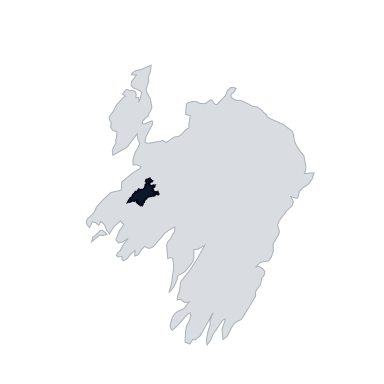 Swinford Lea-4, Mayo, Ireland shown in context, rotated 314°
{"feature_id": "5873133B98662462343086", "entity_name": "Swinford Lea-4", "entity_type": "district", "adm_level": 2, "iso_a3": "IRL", "parent_name": "Ireland", "parent_adm1": "Mayo", "projection": "equal_earth", "projection_center": [-8.887, 53.889], "detail": "fine", "context": "in_parent", "style": "filled", "palette": "ink", "viewbox_px": 384, "rotation_deg": 314, "n_neighbors": 0, "source": "geoboundaries", "source_scale": "gbopen_adm2", "svg_char_len": 8463}
<svg xmlns="http://www.w3.org/2000/svg" viewBox="0 0 384 384"><g transform="rotate(314 192 192)"><path d="M241.9,83.7L233.9,87.7L232.7,89.3L230.5,95.5L230.2,97.2L225.3,104.1L222.4,105.5L218.2,106.6L215.8,107.8L212.7,107.2L208.8,107.3L206.9,108.5L207.0,109.5L208.2,110.6L215.4,113.7L215.0,115.1L213.0,116.6L200.2,120.3L196.4,122.6L195.1,124.0L196.4,126.5L206.7,134.0L208.5,134.8L210.0,139.2L219.0,141.0L222.8,143.7L226.0,144.4L232.9,144.2L235.7,145.2L237.2,144.4L238.1,143.0L245.8,137.7L243.3,133.7L251.1,126.9L253.2,127.0L256.9,129.1L260.0,131.9L261.0,135.8L263.9,139.3L265.8,140.4L270.8,141.1L271.9,142.5L271.1,147.5L271.9,149.2L284.6,149.1L289.6,146.9L294.0,147.3L296.2,149.5L297.2,151.8L293.5,152.7L289.5,152.2L287.6,153.8L287.5,156.7L288.9,160.5L291.6,163.2L293.9,169.2L295.7,176.0L298.5,180.0L299.2,185.1L298.9,187.6L299.4,192.1L298.3,193.6L299.3,197.9L304.2,211.4L305.3,222.1L303.1,226.1L300.1,229.9L298.2,234.4L296.7,239.3L295.9,247.1L289.4,256.3L286.6,258.6L283.3,260.0L290.6,266.5L284.8,269.4L278.4,270.3L271.3,268.7L266.9,268.9L261.3,272.2L260.0,271.6L257.3,266.3L255.4,271.8L251.3,273.6L244.3,273.2L232.6,274.6L228.1,276.2L226.2,278.7L224.9,281.5L223.0,283.2L221.0,284.1L211.9,286.1L210.2,287.0L206.0,291.6L200.5,294.2L195.9,295.0L191.9,292.3L190.2,290.7L188.3,289.9L182.1,290.0L184.1,290.9L185.3,292.8L186.0,296.4L185.3,299.9L182.2,301.7L178.6,302.0L172.8,305.7L165.1,306.7L161.0,310.1L135.7,315.9L134.2,315.9L130.7,314.5L126.9,313.8L123.2,314.3L112.5,317.5L107.4,316.8L114.0,308.9L122.8,304.9L123.7,303.8L120.9,303.2L104.1,306.0L98.3,308.4L92.5,309.1L95.2,305.4L102.7,300.5L109.2,297.2L112.0,294.3L119.9,291.0L94.5,297.8L87.8,297.0L86.3,295.1L81.1,296.0L79.1,291.4L86.9,284.4L91.4,281.4L96.7,279.8L101.9,277.5L103.8,274.6L101.4,273.7L86.0,274.4L78.7,273.8L79.1,271.6L80.5,269.1L88.1,264.9L92.3,264.2L95.9,264.6L102.4,267.1L111.0,266.3L107.4,263.6L106.8,258.1L104.1,256.2L107.6,253.7L111.7,252.1L118.4,246.9L120.8,246.1L134.0,244.8L148.3,242.0L162.5,238.2L155.2,236.1L151.8,233.3L146.2,238.9L142.1,241.1L130.8,242.3L127.2,241.6L122.1,239.9L120.5,240.5L119.1,241.9L111.5,244.7L103.6,245.4L112.8,240.2L124.6,231.6L127.2,228.8L130.9,224.1L129.7,222.0L127.3,220.8L135.8,211.0L138.8,209.3L144.2,209.0L148.1,207.4L149.9,207.4L151.4,206.9L154.9,203.9L149.6,202.1L144.0,201.1L127.0,202.1L124.7,201.9L122.6,201.0L121.2,199.7L120.2,196.4L119.0,195.7L115.1,195.7L111.3,196.7L108.7,196.6L106.1,195.2L110.3,191.8L104.9,191.0L99.5,191.7L95.0,190.6L94.9,188.5L96.9,186.4L94.3,184.4L93.7,181.9L96.6,180.7L99.7,181.1L106.1,179.2L114.2,178.3L107.2,176.5L104.5,174.9L104.4,172.5L104.9,170.4L113.0,166.9L121.6,165.4L121.0,163.1L121.6,160.6L112.9,159.9L104.4,161.7L105.3,156.9L107.4,152.7L107.8,149.9L107.4,146.8L103.4,148.1L103.0,143.9L101.3,141.0L95.3,143.0L95.5,139.2L97.2,136.5L100.4,135.3L103.4,135.8L109.1,135.8L114.6,133.8L122.6,133.3L135.2,133.9L143.9,139.6L146.1,138.5L149.6,135.0L151.2,134.6L164.3,136.1L172.4,138.2L174.6,137.5L173.4,133.6L170.6,130.8L174.1,127.2L178.4,124.8L181.2,123.6L187.8,122.0L190.7,120.6L192.6,116.0L195.6,112.2L179.1,114.2L163.4,109.6L165.9,106.4L169.2,104.6L174.9,103.2L175.4,101.5L178.3,100.1L183.1,96.4L181.3,91.7L182.2,88.2L185.7,85.9L186.7,82.7L188.2,80.3L195.2,79.4L201.9,77.2L212.2,76.9L214.8,77.8L214.2,73.9L219.0,73.4L220.9,74.2L221.8,76.9L224.0,78.7L224.7,81.8L223.3,84.2L220.8,86.0L223.1,87.9L219.6,91.3L223.4,89.9L228.7,86.5L228.4,83.8L227.5,80.4L226.0,77.3L226.6,73.9L229.6,71.8L237.5,70.7L234.2,66.9L237.1,66.5L240.3,67.3L245.0,70.3L254.8,74.5L250.1,78.3L244.2,80.9L241.9,83.7ZM102.6,158.5L102.4,160.3L98.6,158.0L96.8,155.5L86.4,154.4L90.7,151.9L92.8,152.6L100.2,152.7L102.2,153.8L102.6,158.5Z" fill="#d9dde1" stroke="#a8b0b8" stroke-width="1"/><path d="M166.6,169.6L167.3,169.6L167.2,169.4L167.3,169.3L167.5,169.2L167.8,168.7L167.7,168.5L167.8,168.3L167.7,168.1L167.6,167.9L168.0,167.6L168.3,167.5L168.5,167.2L168.2,167.2L167.8,167.0L167.4,166.6L167.4,166.3L167.4,166.2L167.1,165.9L166.8,166.0L166.5,165.9L166.3,165.6L166.0,165.5L165.8,165.6L165.0,165.3L164.7,165.1L165.3,164.8L165.9,164.6L165.6,164.2L166.0,164.0L166.0,163.9L165.9,163.8L166.1,163.8L166.2,163.7L165.8,163.5L166.0,163.3L165.9,163.2L165.6,162.9L165.5,162.7L166.2,162.7L166.3,162.5L166.8,162.5L167.0,162.4L166.9,162.2L167.0,162.2L167.0,161.7L166.8,161.7L166.7,161.5L166.7,161.4L166.6,161.1L166.4,161.1L166.5,161.0L167.6,161.0L167.9,160.8L169.4,161.5L169.6,161.4L169.9,161.5L170.1,161.3L170.1,161.2L169.9,161.1L170.0,160.8L170.3,160.7L170.5,160.5L170.8,160.5L170.5,160.3L170.5,160.2L170.0,160.0L170.0,159.9L170.2,159.4L169.8,159.2L169.4,159.2L168.7,159.0L168.4,158.8L168.4,158.6L167.5,158.1L167.7,157.9L167.4,157.7L167.8,156.6L167.7,156.3L168.1,156.4L168.4,156.3L168.4,156.2L168.0,156.1L167.7,155.9L167.4,155.7L167.5,155.6L167.2,155.5L167.2,155.4L167.5,155.2L167.6,154.9L167.9,154.9L168.4,154.5L168.6,154.8L169.2,155.1L171.5,155.8L171.8,156.1L172.0,155.9L171.8,155.7L172.6,155.9L172.4,155.2L172.2,155.1L172.2,154.4L172.4,154.2L172.2,153.7L172.2,153.4L172.3,153.2L172.4,152.6L172.7,152.1L171.9,151.9L171.5,151.6L170.9,151.6L170.6,151.4L170.3,151.3L170.2,151.2L169.4,150.8L169.4,150.6L169.5,150.5L169.4,150.4L168.9,150.6L168.7,150.6L168.5,150.9L167.6,151.0L167.9,151.6L168.0,151.8L167.8,152.3L167.7,152.3L167.7,152.2L167.2,152.5L166.7,152.6L166.4,152.9L166.4,153.1L166.3,153.5L166.0,153.7L165.4,153.7L164.8,153.3L164.1,154.0L163.9,154.1L164.0,154.3L163.9,154.4L163.7,154.5L163.3,154.4L162.6,154.6L162.5,155.1L162.1,155.1L161.6,155.1L161.2,155.1L159.3,154.7L159.1,154.8L158.9,154.6L158.5,154.2L158.4,154.2L158.4,153.9L158.4,153.7L157.8,153.6L157.7,153.7L157.4,153.4L157.6,153.2L157.4,153.1L157.4,152.9L157.0,152.5L157.1,152.4L157.3,151.6L157.1,151.5L156.7,151.5L155.9,151.9L156.0,152.1L155.2,152.4L154.6,152.3L154.2,152.3L154.1,152.1L154.1,151.9L153.8,151.7L153.6,151.6L153.4,151.4L153.1,151.3L153.1,151.0L153.0,150.9L152.8,151.0L153.0,151.1L152.9,151.2L152.6,151.4L152.3,151.2L152.2,151.2L151.6,151.4L151.3,151.3L150.8,151.4L150.3,151.3L150.1,151.3L149.9,151.2L149.2,151.2L149.0,151.4L148.7,151.4L148.0,151.6L148.2,151.9L148.1,152.0L147.8,152.2L147.7,152.3L147.6,152.2L147.0,152.4L146.9,152.3L146.3,152.5L146.3,152.3L146.2,152.3L146.1,152.2L145.5,151.8L145.5,151.7L145.4,151.5L145.4,151.8L145.1,151.8L145.3,151.9L145.1,151.9L145.0,152.1L144.8,152.1L144.6,151.7L144.2,151.9L143.5,152.0L143.7,152.4L143.3,152.5L143.1,152.5L142.9,152.5L142.6,152.2L142.0,152.2L141.4,152.4L139.8,152.9L140.8,153.3L141.2,153.7L141.3,153.7L141.5,154.4L142.4,154.8L143.9,155.1L144.1,155.1L144.3,155.1L144.2,155.0L144.3,155.0L144.5,155.2L144.7,155.3L144.8,155.3L144.6,155.4L144.5,155.5L144.6,155.8L144.8,155.8L145.0,156.2L145.0,156.4L145.1,156.5L145.2,156.9L145.8,156.9L146.5,156.8L146.7,157.0L146.8,157.0L146.8,157.4L147.1,157.4L147.1,157.6L147.4,157.8L147.1,157.9L147.1,158.1L146.7,158.1L147.0,158.2L146.9,158.3L147.2,158.5L147.4,158.5L147.3,158.8L147.3,159.0L147.5,159.2L147.2,159.5L146.9,159.5L146.8,159.4L146.8,159.0L146.7,159.0L146.3,159.2L146.1,159.1L146.0,159.3L146.1,159.6L146.4,159.7L146.3,159.8L146.4,160.1L146.5,160.1L146.4,160.2L146.5,160.3L146.4,160.5L146.7,160.6L146.9,160.7L147.0,161.3L146.9,161.5L146.7,161.4L146.5,161.2L146.4,161.0L146.1,161.0L146.1,161.3L146.1,161.5L146.2,161.8L146.1,162.0L146.1,162.4L146.2,162.6L146.3,162.6L146.3,162.8L146.4,163.0L146.4,163.3L146.6,163.6L146.6,164.0L146.5,164.5L147.1,164.6L147.4,164.6L147.4,165.1L147.5,165.2L147.6,165.5L147.7,165.4L147.9,165.3L148.2,165.2L148.7,165.5L149.0,165.3L149.2,165.2L149.4,165.1L149.5,164.9L149.5,164.7L149.8,164.6L150.0,164.5L150.1,164.4L150.1,164.2L150.8,164.4L150.9,164.5L151.2,164.5L151.3,164.6L151.4,164.8L151.6,164.7L151.5,164.3L151.5,164.2L152.0,164.0L151.8,163.8L151.7,163.8L151.6,163.7L151.6,163.4L152.0,163.3L152.1,163.2L152.2,163.4L152.2,163.5L152.3,163.6L152.4,163.8L152.5,163.8L152.7,164.0L152.9,164.0L153.0,163.8L153.4,163.8L153.6,163.5L153.8,163.4L154.1,163.4L154.5,163.3L154.7,163.5L154.7,163.3L154.7,163.2L154.9,163.1L155.6,163.3L156.4,163.8L156.6,163.6L156.7,163.3L156.8,163.3L157.1,163.5L157.3,163.5L157.9,164.0L158.4,164.3L158.7,164.2L158.8,164.3L159.3,164.6L159.7,164.9L160.3,165.6L161.2,165.9L161.4,166.0L161.7,166.2L161.7,166.3L162.1,167.0L162.8,167.3L163.0,167.2L163.1,167.4L163.2,167.6L163.5,167.7L163.6,167.4L163.7,167.1L163.9,167.0L164.2,167.1L164.4,167.2L164.4,167.3L164.6,167.5L164.9,167.6L165.2,167.8L165.6,167.7L166.3,168.1L166.2,168.2L166.4,168.5L166.6,168.8L166.3,169.1L166.3,169.3L166.5,169.4L166.6,169.6Z" fill="#0f172a" stroke="#020617" stroke-width="1.5"/></g></svg>